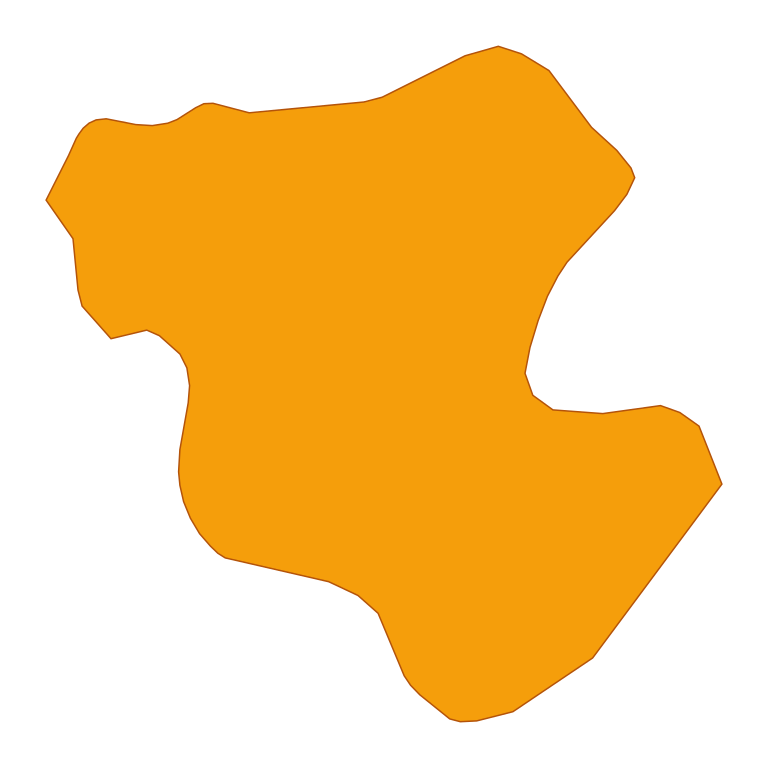 the border of Erevan
{"feature_id": "ARM-1675", "entity_name": "Erevan", "entity_type": "City", "adm_level": 1, "iso_a3": "ARM", "parent_name": "Armenia", "parent_adm1": "", "projection": "albers", "projection_center": [44.52, 40.142], "detail": "fine", "context": "isolated", "style": "filled", "palette": "amber", "viewbox_px": 768, "rotation_deg": 0, "n_neighbors": 0, "source": "natural_earth", "source_scale": "10m", "svg_char_len": 980}
<svg xmlns="http://www.w3.org/2000/svg" viewBox="0 0 768 768"><path d="M498.3,46.3L521.6,53.9L549.0,70.6L591.5,127.3L616.8,150.4L631.0,168.0L634.7,177.7L626.9,194.3L614.6,210.6L567.0,262.2L557.9,276.0L547.4,296.3L538.2,320.4L530.0,347.4L525.0,373.3L532.8,395.3L552.9,409.9L602.8,413.6L660.5,405.6L679.8,412.5L699.0,426.1L721.9,484.1L592.6,658.0L512.9,711.7L476.7,720.9L460.3,721.7L449.7,718.9L419.8,694.8L410.6,685.3L404.2,675.8L378.1,613.3L358.0,595.5L328.7,581.7L225.2,557.9L217.9,553.3L210.5,546.2L199.6,533.7L190.4,518.2L183.6,501.6L179.9,485.3L178.6,471.8L179.9,449.6L188.2,402.9L189.6,385.6L186.9,367.9L180.0,354.1L159.4,335.7L146.7,330.1L111.0,338.7L82.1,306.1L78.0,290.0L73.0,238.7L46.1,200.1L68.5,155.6L76.3,138.3L79.0,133.9L83.2,128.2L89.1,123.1L96.1,119.9L106.2,118.8L135.8,124.6L152.3,125.6L167.8,123.2L177.0,119.6L195.7,107.7L203.9,103.7L213.0,103.3L249.1,112.8L363.9,102.0L382.2,97.2L465.0,55.8L498.3,46.3Z" fill="#f59e0b" stroke="#b45309" stroke-width="1.5"/></svg>